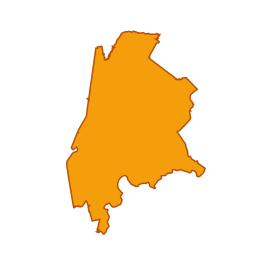 Angamacutiro, Michoacán, Mexico (Albers equal-area conic projection), rotated 160°
{"feature_id": "50627088B24652529578348", "entity_name": "Angamacutiro", "entity_type": "district", "adm_level": 2, "iso_a3": "MEX", "parent_name": "Mexico", "parent_adm1": "Michoacán", "projection": "albers", "projection_center": [-101.725, 20.14], "detail": "fine", "context": "isolated", "style": "filled", "palette": "amber", "viewbox_px": 256, "rotation_deg": 160, "n_neighbors": 0, "source": "geoboundaries", "source_scale": "gbopen_adm2", "svg_char_len": 5711}
<svg xmlns="http://www.w3.org/2000/svg" viewBox="0 0 256 256"><g transform="rotate(160 128 128)"><path d="M69.3,63.7L73.3,69.4L74.4,71.1L74.2,71.1L74.2,71.5L74.2,73.3L76.2,73.6L79.1,77.7L79.0,80.0L80.6,80.3L80.9,80.8L81.1,82.2L81.0,82.9L80.4,83.6L80.4,84.8L79.9,86.3L80.1,90.9L79.5,92.4L79.8,94.3L79.7,94.7L80.4,96.4L81.2,100.2L83.2,107.5L80.2,108.1L70.8,112.6L67.5,114.3L66.9,114.7L66.3,115.3L65.8,116.0L65.5,117.1L64.6,122.3L64.4,122.9L64.3,123.0L63.3,122.7L63.5,123.3L63.4,124.3L63.1,124.5L60.8,125.5L59.8,125.7L59.8,126.1L59.7,126.3L59.1,126.8L58.9,128.0L58.3,127.9L58.5,128.5L58.9,128.4L58.9,130.4L59.0,131.2L59.8,133.5L59.1,136.2L58.2,137.3L57.4,138.0L56.4,138.5L55.6,138.8L55.2,138.8L55.2,139.1L49.7,140.7L56.3,155.6L56.8,155.5L59.9,156.4L60.1,156.2L59.9,156.1L59.9,155.9L60.2,155.8L60.5,155.9L61.5,155.3L61.6,155.6L62.2,156.0L62.9,156.2L62.9,156.3L63.0,156.3L63.1,156.2L63.1,156.6L63.5,156.5L64.3,156.6L64.7,156.5L65.3,156.4L65.9,156.9L65.8,157.7L66.8,158.0L66.7,158.8L66.8,158.8L67.2,160.0L68.2,161.3L68.9,162.7L70.5,164.9L75.9,173.3L82.7,183.8L82.9,184.0L84.3,186.6L84.2,187.2L84.0,187.4L83.3,187.4L83.5,188.1L72.7,197.5L72.5,197.8L72.2,198.0L71.0,197.8L70.5,197.5L69.9,197.7L69.2,198.3L69.8,199.5L71.7,202.1L71.1,202.0L70.6,201.0L69.8,201.1L69.2,201.9L70.2,202.5L67.8,203.5L67.6,203.9L67.7,204.2L67.4,204.1L67.2,204.3L66.6,204.3L66.1,205.0L67.2,205.4L67.6,206.0L68.5,206.9L68.8,206.5L69.3,206.3L71.7,207.4L72.5,207.5L74.1,208.2L75.3,208.6L76.1,209.3L76.2,209.8L78.9,210.2L81.2,212.4L85.0,213.1L85.2,213.7L85.4,213.8L85.9,213.5L87.2,215.2L88.0,215.8L88.7,216.1L89.8,217.1L91.0,216.9L91.4,216.6L94.1,218.5L96.0,218.8L97.7,219.2L98.9,219.4L99.9,219.3L101.2,219.2L102.1,218.8L102.3,218.1L103.0,218.0L105.8,215.5L106.0,215.6L107.5,214.9L109.5,212.9L109.8,212.2L110.1,211.7L111.7,211.0L113.1,209.9L113.9,208.6L113.7,208.4L114.3,208.5L114.5,208.1L114.7,208.6L114.7,208.9L114.8,209.2L114.7,210.2L114.9,210.2L114.9,208.5L115.1,208.3L115.2,207.8L115.7,207.9L115.8,207.6L115.7,207.4L115.5,207.0L116.1,206.6L116.4,205.8L116.9,206.0L117.5,205.9L117.9,205.6L117.3,205.3L117.4,205.1L117.8,205.0L118.1,204.7L118.6,204.7L119.4,204.4L119.4,203.9L119.7,203.9L119.9,203.0L120.1,203.2L120.4,203.1L120.6,203.1L120.7,203.4L121.0,203.1L121.4,202.3L121.9,202.1L121.9,201.9L121.6,201.5L121.4,201.4L121.0,201.6L120.8,201.5L121.1,201.3L122.2,200.9L122.5,200.8L122.6,200.6L122.6,200.3L122.9,200.3L122.9,199.8L123.0,199.5L123.3,199.5L123.2,200.1L123.4,200.3L124.2,200.2L124.4,199.6L125.5,199.6L125.8,199.5L126.2,199.7L126.1,200.0L126.2,199.9L126.3,200.1L126.7,200.3L126.6,201.3L126.3,201.3L126.4,201.6L126.0,202.2L126.0,202.3L125.8,202.3L126.0,203.0L125.8,204.7L126.0,205.0L125.6,205.2L125.4,205.6L125.1,205.6L125.1,205.8L125.7,206.0L125.9,206.3L126.4,206.4L126.3,206.8L125.9,206.8L125.5,209.3L125.3,209.7L125.1,211.3L124.6,213.2L124.8,213.9L125.6,213.8L126.6,214.2L127.5,214.4L129.1,214.6L129.4,213.4L130.9,214.0L146.0,185.5L149.8,178.6L154.5,169.5L155.3,169.8L156.3,169.3L155.0,168.4L155.3,167.7L154.9,167.6L155.3,166.9L155.9,167.1L162.8,153.9L163.3,153.2L164.1,152.4L175.3,143.0L176.4,141.8L176.3,141.0L176.4,140.5L176.5,140.5L177.0,141.1L187.6,129.3L187.9,128.6L187.9,128.1L187.3,126.6L186.9,126.3L183.1,127.7L182.8,127.0L182.6,125.6L182.8,124.9L183.5,123.8L184.5,123.5L186.7,123.7L187.8,123.5L188.4,123.3L190.5,122.0L190.6,121.8L193.4,119.9L193.7,119.6L194.6,119.2L195.2,118.7L196.5,117.6L197.3,116.4L197.8,115.4L198.2,114.1L200.8,101.5L205.5,76.4L205.5,76.1L206.3,71.7L205.4,71.6L205.1,71.6L205.0,72.6L204.9,72.8L204.8,72.7L202.1,71.5L201.3,71.7L201.1,71.5L201.1,70.9L199.3,70.1L198.6,70.1L197.8,70.2L196.8,70.6L193.7,72.8L193.7,73.0L192.6,73.8L192.5,73.6L192.3,73.7L191.8,72.2L192.1,69.2L192.0,68.5L190.6,68.4L190.5,68.2L192.1,67.5L192.5,67.2L193.2,62.4L192.7,62.3L193.4,52.9L185.8,51.7L190.5,44.6L191.3,43.7L191.6,43.0L190.8,43.2L190.2,42.3L191.5,41.8L190.6,40.5L190.5,40.3L191.7,40.2L192.7,41.1L192.9,41.1L191.7,39.9L190.9,39.9L189.8,40.3L189.3,40.3L188.8,40.1L188.3,39.2L187.4,36.8L187.0,36.6L185.5,37.2L184.0,38.1L183.6,38.5L183.3,39.2L182.8,39.9L182.3,40.4L181.6,40.8L180.3,41.3L179.8,41.8L179.3,43.4L179.5,44.2L179.6,45.8L179.5,47.0L176.5,50.2L176.1,51.0L175.9,51.8L176.5,55.1L176.4,55.7L176.2,56.5L175.5,57.3L174.8,57.9L174.9,58.4L175.4,58.7L176.0,58.8L176.8,59.2L177.6,60.2L177.8,60.6L177.9,61.0L177.7,61.5L177.4,62.0L175.5,63.4L174.8,63.7L174.4,63.7L172.9,63.6L171.6,64.0L171.3,63.7L170.9,62.8L170.0,59.7L169.5,59.1L168.8,58.7L167.5,58.4L166.5,58.3L162.8,58.8L161.4,58.7L160.2,59.8L159.0,61.3L158.1,63.2L158.2,63.8L158.5,64.3L158.8,65.0L158.7,65.6L158.1,66.5L157.0,67.5L155.7,68.2L155.4,68.6L155.7,69.3L156.6,70.8L157.2,72.5L157.8,74.3L157.8,75.5L157.3,77.9L156.4,79.7L154.5,82.2L152.7,83.4L151.1,84.2L149.7,84.5L147.8,84.6L147.1,84.3L146.6,84.0L146.1,83.5L145.8,82.8L145.7,81.8L145.8,79.8L145.7,78.9L145.0,77.1L144.4,74.5L143.7,73.5L140.5,70.4L139.6,70.0L138.7,69.9L138.1,70.0L137.0,71.0L136.2,71.2L132.1,70.7L130.2,69.8L128.5,70.1L127.8,70.1L127.5,69.8L127.2,68.3L127.3,66.5L127.2,65.7L126.8,64.9L124.9,63.3L124.2,62.3L123.8,62.1L123.5,62.0L123.1,62.1L122.9,62.3L122.9,62.7L123.1,63.1L123.1,64.5L122.6,65.3L122.2,65.6L120.6,66.4L118.4,68.0L117.0,68.5L113.9,69.1L113.6,69.6L113.5,70.9L113.3,71.6L112.8,71.7L110.0,70.8L109.5,70.7L108.9,70.7L108.1,71.0L107.0,71.6L106.1,71.8L102.8,71.0L102.0,70.9L101.5,71.2L101.0,72.3L100.9,73.2L100.1,73.5L99.3,73.4L98.4,72.8L96.8,71.4L95.9,71.0L94.9,71.0L93.7,71.1L93.0,71.0L90.4,68.8L87.4,66.7L86.2,65.3L85.6,64.9L85.1,64.7L84.4,64.8L82.7,66.1L82.1,66.1L81.1,65.6L80.5,65.0L80.0,64.2L79.4,63.3L79.2,62.3L79.7,60.1L79.7,59.3L79.2,58.7L78.4,58.1L77.5,58.0L76.1,58.5L73.8,59.4L72.4,60.3L71.4,61.0L70.7,62.1L69.3,63.7Z" fill="#f59e0b" stroke="#b45309" stroke-width="1.5"/></g></svg>